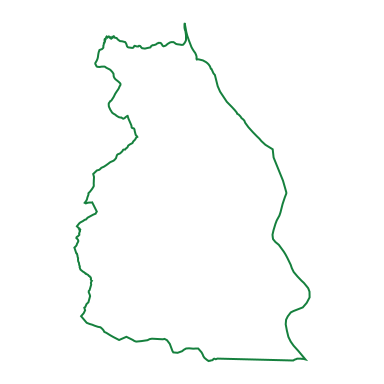 the district of Zambrano, Bolívar, Colombia
{"feature_id": "7082276B24623397402700", "entity_name": "Zambrano", "entity_type": "district", "adm_level": 2, "iso_a3": "COL", "parent_name": "Colombia", "parent_adm1": "Bolívar", "projection": "natural_earth1", "projection_center": [-74.909, 9.762], "detail": "fine", "context": "isolated", "style": "outline", "palette": "green", "viewbox_px": 384, "rotation_deg": 0, "n_neighbors": 0, "source": "geoboundaries", "source_scale": "gbopen_adm2", "svg_char_len": 5750}
<svg xmlns="http://www.w3.org/2000/svg" viewBox="0 0 384 384"><path d="M305.4,359.4L298.2,350.8L293.6,345.7L290.7,341.6L288.4,336.9L286.9,330.7L285.7,324.3L286.1,319.7L287.8,316.3L290.8,312.4L293.6,311.0L302.8,307.4L306.7,302.9L309.6,297.4L309.5,291.7L308.2,288.2L303.9,282.9L301.5,280.7L297.5,276.5L293.7,272.0L291.8,268.1L290.7,264.8L287.3,257.8L285.6,254.6L283.9,251.8L278.8,244.8L275.4,242.0L273.1,239.2L272.8,237.6L272.5,234.7L273.5,230.3L275.4,224.0L276.7,220.5L279.4,215.6L280.5,212.3L282.6,204.0L284.8,197.4L286.3,193.6L286.3,192.3L283.0,180.7L273.6,157.5L272.7,149.3L265.4,144.8L261.4,141.1L259.4,138.7L256.9,136.3L252.9,132.2L248.4,127.2L245.2,122.8L244.3,120.6L243.8,120.1L243.3,119.5L241.4,118.0L241.3,117.7L240.5,116.5L238.7,114.6L237.1,113.7L236.8,112.6L235.5,111.1L235.4,110.8L231.8,106.9L226.8,101.8L220.1,91.7L217.7,86.2L214.9,75.0L213.5,73.4L211.5,69.0L210.9,68.8L210.8,68.6L210.3,67.2L209.8,66.1L208.6,64.4L207.3,63.1L206.0,62.1L202.9,60.4L198.8,59.4L197.9,59.3L196.8,59.5L196.5,58.9L196.5,58.0L196.6,57.8L196.5,56.3L195.9,54.5L195.1,52.8L194.1,51.5L192.8,49.5L191.5,47.2L188.8,40.2L188.1,38.1L187.3,35.9L186.3,32.0L185.0,24.9L184.9,23.0L184.5,24.0L184.5,27.3L184.6,28.3L185.0,30.1L185.4,30.9L185.8,33.7L186.0,35.4L186.0,40.1L185.5,41.4L184.5,43.1L183.3,44.5L182.9,44.8L181.5,44.9L180.1,44.6L177.0,44.2L175.6,43.7L175.1,43.2L173.5,42.1L171.3,42.1L169.7,42.6L169.3,42.9L167.5,44.0L166.2,45.2L165.6,45.6L165.2,45.8L163.6,46.3L163.2,46.1L162.6,45.7L161.9,44.4L160.7,43.0L160.3,42.9L158.4,42.9L158.1,43.2L157.3,43.4L156.0,44.4L155.6,44.6L153.5,45.2L152.5,45.2L151.1,46.2L150.8,46.7L150.4,47.4L147.4,48.0L144.9,48.6L142.1,48.2L141.2,47.4L140.7,46.6L140.1,46.0L139.8,45.9L139.0,45.8L138.7,46.0L138.4,46.4L138.2,46.5L136.5,46.4L134.7,45.8L134.3,46.0L133.4,47.5L132.7,47.9L132.1,47.9L128.4,47.4L127.7,47.1L127.0,46.2L126.5,44.5L126.1,43.5L125.2,42.1L122.1,41.3L120.0,41.1L119.4,40.7L117.7,39.4L116.6,38.0L115.0,37.8L113.8,36.2L113.7,36.2L113.4,36.6L113.0,36.7L112.9,37.1L112.6,37.0L112.5,37.7L112.2,37.7L112.0,38.1L111.2,38.7L110.5,38.3L110.4,38.0L110.0,37.8L110.2,37.2L109.4,37.2L109.2,36.8L108.9,36.5L108.7,36.7L107.8,36.9L107.5,37.4L106.7,36.5L106.4,36.8L106.5,37.3L106.0,37.8L105.7,38.4L105.7,39.1L105.6,39.4L105.4,39.4L105.1,38.8L104.8,39.0L104.5,40.0L104.6,40.7L105.0,41.1L105.0,41.3L104.6,41.7L104.6,42.4L104.2,42.6L104.2,43.0L103.9,43.1L103.7,44.9L103.3,45.8L103.4,47.1L103.3,47.6L103.2,47.9L102.0,49.1L99.5,50.0L98.7,52.2L98.3,54.2L97.9,57.2L97.5,58.8L96.7,60.7L95.3,63.1L95.3,63.9L96.5,66.2L96.7,66.5L97.4,66.8L99.8,67.0L101.1,66.7L103.1,66.6L104.5,66.6L105.0,66.8L105.5,67.1L106.2,67.7L109.8,69.5L111.1,70.6L111.6,71.3L112.2,71.8L112.9,72.9L113.4,73.5L113.5,73.9L113.7,76.3L114.2,77.6L114.9,78.6L115.5,79.3L118.5,81.7L119.8,82.9L120.4,83.7L120.5,84.5L120.3,85.3L119.5,86.5L119.0,87.9L118.3,89.2L116.9,91.2L115.2,93.8L113.7,96.9L111.5,100.3L110.9,100.9L110.3,101.1L109.6,102.2L108.8,103.3L108.7,104.1L108.8,105.8L108.9,106.6L110.2,109.5L110.8,110.5L111.4,111.4L111.9,112.3L112.2,112.7L113.5,113.7L114.8,114.4L115.8,115.1L116.4,115.7L118.9,117.2L120.9,117.6L121.3,117.5L122.9,118.6L123.4,118.7L124.4,118.2L124.9,117.9L125.4,117.3L127.4,115.9L127.6,115.9L128.4,118.5L131.2,125.0L131.5,126.0L131.6,127.3L131.8,127.7L132.4,128.1L133.6,128.3L134.1,128.7L134.5,129.6L134.7,131.0L135.7,134.9L137.0,136.4L137.3,136.9L136.6,137.3L135.8,138.2L135.3,139.3L134.9,139.8L133.2,141.5L132.6,142.8L132.4,143.1L129.9,144.4L128.2,145.6L127.6,147.0L127.3,147.5L125.8,148.6L125.2,149.5L124.2,149.5L123.3,149.7L122.8,150.3L122.4,151.2L120.3,153.2L119.7,153.6L118.0,154.2L117.4,154.6L116.9,155.3L116.6,156.2L116.0,158.2L114.7,159.7L113.7,160.6L112.9,161.0L110.8,161.9L109.6,162.6L108.8,163.3L106.2,165.2L103.9,166.7L101.4,167.8L99.8,169.4L99.0,169.9L97.4,170.3L96.8,170.5L96.2,171.1L93.2,174.0L94.0,177.0L93.8,180.8L93.8,181.7L93.7,183.4L93.8,185.2L93.7,186.3L92.2,188.8L89.9,191.8L88.6,193.0L88.4,193.4L88.5,194.2L88.4,194.8L87.4,197.4L87.0,199.2L86.2,200.9L84.7,202.8L85.8,203.4L87.9,202.7L90.0,202.5L91.9,202.5L92.2,202.4L96.8,211.6L95.9,213.0L95.6,213.7L93.3,214.6L87.6,217.7L86.0,219.5L84.7,219.8L82.9,221.1L80.4,222.4L79.2,223.4L76.9,226.3L78.7,228.1L79.4,228.4L80.1,229.5L79.4,229.9L80.0,230.5L80.0,231.1L79.9,231.5L79.6,231.8L79.3,233.0L79.1,233.6L79.3,234.0L79.3,234.9L77.8,236.4L77.4,236.5L76.6,237.2L76.4,237.7L76.4,238.2L77.3,238.9L77.9,239.7L78.3,240.8L78.3,241.2L77.8,242.4L77.0,243.8L76.6,245.2L75.8,246.3L74.4,247.6L76.3,253.3L76.5,253.5L76.9,253.6L77.0,253.9L77.5,255.8L77.5,256.3L77.8,257.5L78.1,258.1L78.0,259.2L78.1,260.6L78.2,261.3L79.0,263.0L79.2,264.9L79.8,266.3L79.8,266.7L79.6,267.1L80.4,269.5L80.7,269.8L82.8,271.5L83.0,271.7L84.0,272.2L84.9,273.0L85.6,273.3L85.7,273.8L87.0,274.3L88.3,275.1L88.8,275.9L89.7,276.3L89.9,276.8L90.7,277.4L91.0,278.7L90.8,279.3L90.9,279.5L91.4,280.7L91.8,280.9L91.3,281.6L90.9,283.0L91.2,284.6L89.6,290.1L88.8,291.0L88.7,292.2L89.7,294.6L90.1,296.1L88.4,302.3L86.5,304.1L85.3,307.0L84.3,307.7L85.1,310.3L83.7,313.2L81.1,316.2L86.7,322.8L89.7,324.0L92.2,324.7L94.6,325.7L97.9,326.8L100.5,327.3L102.3,328.9L103.5,330.3L104.3,331.9L106.3,332.8L110.3,335.3L113.3,337.0L119.1,340.0L126.4,336.8L132.7,339.9L134.4,341.0L136.2,341.6L141.3,341.1L147.5,340.2L149.7,339.1L152.0,338.7L162.9,339.3L164.5,338.9L167.0,340.2L169.8,343.9L172.4,350.9L173.3,352.4L177.6,352.8L182.1,351.2L183.8,349.8L186.1,348.5L189.1,348.3L193.4,348.7L196.0,348.5L198.2,348.5L201.6,352.4L202.8,354.7L203.4,356.3L204.5,357.9L206.8,359.8L208.5,361.0L209.1,360.7L209.8,360.9L210.6,360.5L212.4,360.2L212.7,360.0L213.4,359.1L213.8,358.8L214.4,358.7L215.5,359.2L215.9,359.2L217.4,358.6L293.2,360.5L294.7,359.6L296.0,359.2L297.1,358.7L300.9,358.7L302.2,358.9L303.5,358.9L305.4,359.4Z" fill="none" stroke="#15803d" stroke-width="2"/></svg>